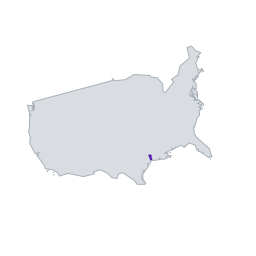 Newton, Texas, United States of America (highlighted), rotated 337°
{"feature_id": "52423323B15615503962810", "entity_name": "Newton", "entity_type": "district", "adm_level": 2, "iso_a3": "USA", "parent_name": "United States of America", "parent_adm1": "Texas", "projection": "orthographic", "projection_center": [-93.622, 30.715], "detail": "fine", "context": "in_parent", "style": "filled", "palette": "violet", "viewbox_px": 256, "rotation_deg": 337, "n_neighbors": 0, "source": "geoboundaries", "source_scale": "gbopen_adm2", "svg_char_len": 4095}
<svg xmlns="http://www.w3.org/2000/svg" viewBox="0 0 256 256"><g transform="rotate(337 128 128)"><path d="M200.2,91.2L211.9,87.7L213.8,76.9L218.5,77.5L220.6,83.5L224.4,86.9L220.4,89.4L220.5,90.6L219.3,89.3L218.9,92.0L215.9,94.4L215.1,101.0L217.8,103.2L219.1,102.6L218.4,101.5L219.0,101.9L219.5,103.2L215.7,104.9L214.6,103.7L214.7,105.7L210.1,107.0L207.1,110.2L207.2,108.7L206.6,107.9L206.4,111.3L207.5,111.8L207.8,114.6L206.1,118.7L203.1,116.9L204.2,114.3L202.7,116.2L203.9,118.6L205.3,119.9L205.8,121.5L203.7,128.0L204.0,124.1L200.9,121.0L201.8,117.0L199.6,118.5L201.4,123.9L198.8,122.6L198.0,122.9L198.4,121.0L198.3,120.5L197.7,122.0L197.9,123.1L201.9,124.7L201.3,125.8L199.3,124.2L198.6,123.9L201.1,125.9L202.0,126.2L201.7,127.7L200.5,126.8L202.5,128.6L202.2,129.0L201.1,128.0L198.8,127.9L201.9,129.5L203.7,129.1L206.3,133.9L204.1,130.3L205.0,132.7L201.6,132.7L204.4,134.9L205.5,134.0L204.4,136.5L201.0,136.2L203.2,137.1L201.7,138.5L203.8,139.0L200.3,140.1L198.9,144.1L195.6,145.6L189.7,153.2L188.8,152.6L186.9,159.1L186.8,160.7L188.4,165.3L194.8,178.8L193.8,186.5L191.2,187.2L188.3,183.5L187.5,180.3L183.5,176.8L184.6,175.0L182.8,175.2L183.2,170.2L178.5,165.7L171.9,167.4L170.6,164.6L164.1,164.8L164.8,163.6L163.7,164.8L160.8,165.5L160.7,163.3L160.2,164.9L151.3,165.6L155.1,166.6L153.9,168.7L156.9,170.5L155.4,171.7L152.1,169.1L151.9,171.2L147.4,170.4L144.9,167.9L143.4,169.2L136.9,167.2L133.1,170.0L134.0,169.3L132.0,168.5L130.9,172.0L126.9,174.2L127.8,173.5L125.2,173.1L126.1,174.3L123.0,175.7L121.7,179.6L120.3,178.9L121.5,180.0L121.6,183.6L122.7,185.8L121.8,186.5L114.5,183.4L113.0,178.1L105.8,167.3L102.0,166.4L97.9,170.2L93.5,167.0L91.8,162.1L86.4,155.8L79.4,154.9L79.2,157.0L68.1,155.4L55.3,146.4L46.2,145.4L45.7,141.6L42.8,137.4L35.9,132.9L36.5,130.4L33.5,117.7L34.0,116.5L34.8,118.3L34.7,115.7L37.4,116.2L32.5,115.2L31.6,103.7L34.3,98.6L35.1,92.2L37.7,88.6L42.5,77.7L44.6,78.7L42.4,77.4L44.2,74.6L43.4,74.4L44.4,67.8L49.2,70.4L46.9,73.4L49.5,71.6L48.3,74.2L46.8,74.5L47.7,74.9L49.1,74.1L50.5,71.4L50.7,66.7L133.0,78.3L133.0,76.6L134.6,79.4L144.5,82.5L154.3,81.1L168.6,88.2L169.4,90.2L174.5,93.1L177.1,101.1L174.5,108.1L176.3,110.1L188.1,103.4L187.1,100.4L188.1,99.8L194.8,98.6L200.2,91.2ZM211.8,108.1L213.8,107.4L207.1,110.7L212.4,107.2L211.8,108.1ZM50.1,69.5L50.1,71.4L49.9,71.7L49.5,70.1L50.1,69.5ZM122.6,185.1L121.7,182.0L121.9,180.2L122.0,182.1L122.6,185.1ZM220.9,89.5L221.2,90.4L220.8,90.3L220.9,89.5ZM145.0,168.8L145.2,169.5L144.4,168.9L145.0,168.8ZM38.1,136.4L39.0,136.3L38.1,136.4ZM37.2,135.9L36.8,136.4L36.6,135.8L37.2,135.9ZM217.5,104.7L217.1,105.4L217.5,104.7ZM122.5,178.6L121.9,180.0L123.3,177.3L122.5,178.6ZM192.9,174.4L194.1,177.0L192.7,174.1L192.9,174.4ZM42.0,139.8L42.2,140.6L41.9,139.9L42.0,139.8ZM194.2,186.8L193.5,187.8L194.7,185.8L194.2,186.8ZM206.9,135.6L206.3,136.8L206.5,134.2L206.9,135.6ZM49.9,67.9L49.7,68.4L49.5,68.0L49.9,67.9ZM126.1,174.9L124.6,175.5L126.1,174.7L126.1,174.9ZM219.5,104.5L219.6,105.2L219.0,105.2L219.5,104.5ZM41.5,141.9L41.6,142.8L41.4,141.9L41.5,141.9ZM124.3,176.0L123.7,176.4L124.2,175.8L124.3,176.0ZM205.7,122.7L205.1,124.3L205.7,122.1L205.7,122.7ZM132.6,170.7L131.7,171.2L133.0,170.3L132.6,170.7ZM187.1,159.8L187.1,161.0L186.9,160.2L187.1,159.8ZM204.1,139.2L203.9,139.4L204.6,138.5L204.1,139.2ZM174.3,167.0L173.2,167.7L172.8,167.6L174.3,167.0ZM160.4,165.3L160.2,165.5L159.5,165.5L160.4,165.3ZM186.3,180.5L186.5,181.3L186.1,180.3L186.3,180.5ZM157.6,167.0L157.4,167.8L157.3,166.5L157.6,167.0ZM191.9,189.1L191.3,189.3L192.1,188.9L191.9,189.1ZM207.7,115.2L207.4,115.9L207.7,114.8L207.7,115.2ZM205.7,137.2L205.3,137.5L205.7,137.2Z" fill="#d9dde1" stroke="#a8b0b8" stroke-width="1"/><path d="M138.0,163.0L138.0,162.9L138.2,162.7L138.0,162.4L138.2,162.2L138.1,161.9L138.1,161.7L137.9,161.6L136.6,161.6L136.8,162.6L136.6,166.0L137.4,166.0L137.4,165.9L137.4,165.7L137.2,165.6L137.2,165.4L137.3,165.3L137.3,165.2L137.5,165.1L137.4,165.0L137.4,164.8L137.4,164.7L137.3,164.4L137.5,164.3L137.5,164.2L137.7,163.9L137.8,163.8L137.8,163.7L137.9,163.4L138.0,163.3L138.0,163.2L138.0,163.0Z" fill="#8b5cf6" stroke="#5b21b6" stroke-width="1.5"/></g></svg>